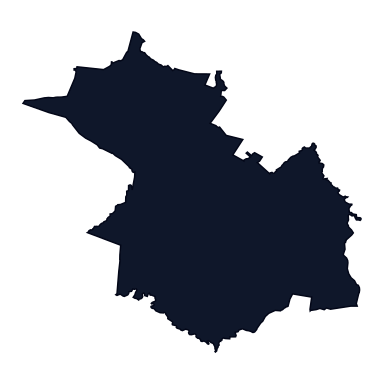 Amealco de Bonfil, Querétaro, Mexico (Albers equal-area conic projection)
{"feature_id": "50627088B28014095669101", "entity_name": "Amealco de Bonfil", "entity_type": "district", "adm_level": 2, "iso_a3": "MEX", "parent_name": "Mexico", "parent_adm1": "Querétaro", "projection": "albers", "projection_center": [-100.096, 20.187], "detail": "fine", "context": "isolated", "style": "filled", "palette": "ink", "viewbox_px": 384, "rotation_deg": 0, "n_neighbors": 0, "source": "geoboundaries", "source_scale": "gbopen_adm2", "svg_char_len": 6004}
<svg xmlns="http://www.w3.org/2000/svg" viewBox="0 0 384 384"><path d="M357.2,306.1L356.3,303.5L358.9,292.8L359.2,292.7L359.6,290.0L359.4,287.7L358.3,285.3L356.5,284.6L354.5,280.7L351.1,277.8L348.7,273.8L347.3,268.7L347.9,262.9L347.7,260.6L346.6,258.1L343.7,255.4L343.3,254.3L345.0,249.3L344.5,243.2L344.9,242.6L345.5,242.5L345.5,241.2L345.9,241.1L346.1,240.7L345.9,240.2L351.7,235.0L353.3,232.9L351.5,230.0L348.6,227.1L348.4,225.8L347.3,223.7L347.2,222.9L348.5,220.0L348.2,215.5L348.5,214.9L348.9,214.5L350.3,214.7L352.0,215.9L354.1,215.6L354.5,216.0L355.2,217.9L356.4,219.9L359.1,220.0L360.1,220.4L360.9,219.6L361.0,218.4L360.0,217.7L357.1,217.6L356.5,216.7L356.3,214.6L353.0,214.0L352.0,213.3L351.6,212.6L349.4,212.3L348.9,208.6L350.5,205.9L351.9,204.8L351.8,204.2L349.0,204.1L345.3,202.1L344.1,199.6L345.9,197.7L347.3,197.4L347.7,197.0L345.6,196.7L345.1,196.2L344.7,196.6L343.0,197.0L339.0,194.5L338.1,193.1L338.1,192.3L338.5,191.4L339.3,191.1L339.6,190.1L338.1,189.4L337.6,188.1L335.6,188.2L334.4,187.1L333.2,186.8L332.2,185.4L331.0,184.5L331.1,183.0L330.4,182.9L327.9,180.2L327.0,180.0L326.8,179.4L327.1,178.5L325.6,178.7L325.3,179.2L324.8,178.7L323.9,179.2L323.1,179.0L322.9,178.3L323.9,175.8L321.6,172.7L322.3,171.5L322.2,169.8L322.7,167.8L323.5,167.0L323.8,164.9L322.4,163.6L319.1,162.9L319.1,161.6L320.1,160.7L320.1,160.2L317.6,157.0L318.0,155.3L317.4,154.6L316.9,154.6L316.5,154.2L316.5,153.0L315.9,151.8L314.0,150.1L315.1,149.1L316.1,147.4L316.1,146.1L315.9,145.7L314.9,145.3L314.6,144.0L313.8,143.3L312.9,143.2L312.2,143.8L311.4,146.5L310.6,146.9L309.5,148.1L305.7,148.1L304.4,147.0L303.0,147.7L302.8,148.3L302.3,148.5L302.4,149.4L301.8,150.5L299.2,151.3L299.5,152.9L294.2,156.0L293.2,156.0L290.8,157.3L288.3,160.0L287.9,161.0L287.0,161.6L285.3,161.9L283.8,163.2L283.2,164.3L282.0,165.4L281.3,166.9L276.4,169.9L276.6,171.0L275.5,171.6L274.4,173.2L272.9,173.2L272.0,172.4L270.2,172.9L269.8,173.9L257.3,162.6L259.6,161.1L262.3,157.0L254.6,152.7L252.5,154.1L252.2,154.9L251.4,155.5L247.4,152.1L246.2,153.2L250.4,157.0L248.2,158.6L246.2,158.8L243.6,160.3L243.7,160.9L232.8,154.9L242.8,139.5L226.2,135.4L219.6,127.1L218.7,127.6L216.9,126.7L216.0,125.7L210.1,123.3L219.0,111.3L226.3,100.1L223.8,97.1L222.4,96.4L220.7,96.4L221.3,90.5L224.7,90.5L226.9,88.1L224.7,86.1L223.9,84.1L223.8,82.2L222.6,80.7L220.5,79.4L219.6,74.0L220.6,73.6L221.3,72.8L221.4,71.2L216.7,71.3L216.8,73.9L215.8,75.3L215.4,77.4L215.7,80.1L216.3,81.2L216.3,83.0L216.7,83.5L216.4,85.7L215.5,86.9L214.2,87.4L213.6,88.3L204.9,85.0L209.6,74.0L194.6,73.9L179.0,69.9L174.8,68.5L174.2,69.6L172.8,70.6L167.9,65.6L166.7,66.4L164.5,66.3L163.3,66.9L161.1,65.0L158.4,64.1L156.7,62.4L154.8,61.5L153.5,60.2L150.6,58.8L149.2,57.1L148.2,56.7L146.2,54.9L144.6,52.7L143.6,52.7L141.9,51.7L140.6,51.6L139.8,48.9L142.0,42.7L144.6,41.3L143.3,39.8L141.5,38.7L138.7,34.1L135.5,32.4L133.1,32.0L127.8,51.8L127.5,51.7L126.7,52.3L122.6,59.9L120.0,61.0L119.1,60.5L112.7,63.1L112.2,63.0L112.1,62.0L111.5,61.9L111.3,64.7L109.7,66.3L103.6,69.6L77.0,66.8L76.7,68.5L74.1,68.7L74.1,70.0L74.9,70.0L76.2,71.6L74.8,78.3L67.2,96.3L61.5,97.1L56.2,97.2L53.2,97.8L48.4,97.5L44.2,97.9L34.5,100.0L24.9,100.6L23.0,103.4L49.0,112.6L65.8,117.3L69.5,121.5L71.9,123.5L72.4,124.6L79.2,133.3L85.6,138.1L91.1,141.0L97.3,144.9L99.6,148.0L102.6,148.7L111.9,153.3L112.3,152.8L115.3,155.6L121.6,159.4L129.6,167.1L129.4,167.6L132.0,169.3L132.0,170.6L132.5,171.7L133.4,172.4L134.9,171.9L134.6,177.2L132.2,189.9L131.2,185.4L130.1,184.9L128.6,185.5L128.5,190.6L126.7,191.2L126.8,195.1L125.8,196.8L125.6,202.4L120.5,204.5L117.8,204.7L117.7,205.1L115.6,206.3L115.2,210.7L113.6,212.6L112.2,213.7L110.1,214.0L110.2,216.0L107.9,217.6L107.8,218.1L107.0,218.8L106.8,220.2L105.9,221.0L104.0,221.7L102.8,223.1L102.0,223.2L100.9,223.9L99.9,224.9L99.3,226.0L97.9,226.5L96.6,226.3L95.9,226.7L95.0,226.3L94.5,226.5L93.4,228.6L92.9,228.7L92.8,229.4L91.5,230.0L90.8,229.8L89.8,230.2L89.8,230.7L89.0,230.7L88.4,231.9L87.4,232.6L120.7,245.2L119.9,254.9L119.8,259.7L120.1,259.8L118.8,271.4L117.0,293.7L115.8,294.7L117.0,295.4L119.4,294.4L120.6,294.3L123.0,296.0L124.3,296.4L127.7,294.9L128.6,293.6L129.0,291.7L131.5,291.3L132.8,289.0L134.6,289.3L136.0,288.8L136.8,289.6L136.8,290.4L135.6,292.4L134.9,294.8L133.2,297.3L135.0,298.3L136.5,298.5L138.7,300.0L139.2,299.0L140.8,298.8L142.1,297.8L142.7,296.6L142.2,294.1L143.1,293.2L143.7,293.0L144.3,293.4L144.8,295.6L147.3,296.4L148.2,293.9L149.4,293.1L149.8,293.5L149.9,294.6L150.2,295.1L151.5,295.1L155.0,296.5L155.0,298.0L155.7,299.9L155.5,301.1L152.3,302.4L151.3,303.4L151.7,303.9L153.5,303.8L154.3,304.8L153.9,305.5L151.3,306.2L150.9,306.9L151.4,307.8L152.2,308.3L154.2,308.7L155.8,310.8L160.1,312.7L163.5,312.9L164.1,312.3L164.8,312.5L165.7,313.4L165.7,314.0L167.9,317.0L167.8,318.7L172.4,321.7L172.7,322.6L172.2,324.0L172.5,324.8L176.2,325.7L176.6,326.3L176.3,327.4L177.1,328.2L180.1,329.1L180.8,330.0L182.4,330.6L185.6,329.2L188.0,329.8L189.4,330.8L188.6,332.4L188.8,333.5L189.5,334.5L191.4,334.7L194.7,333.9L195.8,334.4L196.2,335.0L196.0,336.5L196.2,337.0L197.7,338.2L199.1,338.4L200.4,339.5L200.9,341.1L202.1,341.5L203.2,341.1L204.3,341.1L206.3,342.3L207.4,343.7L208.3,344.2L208.9,343.8L208.7,343.1L207.3,340.9L208.2,340.6L209.9,341.5L211.1,342.6L213.2,343.4L214.9,346.8L215.0,348.9L215.9,350.4L215.0,351.4L215.4,352.0L216.6,351.0L217.3,347.8L217.9,347.6L218.2,346.0L219.1,345.1L218.7,342.9L219.9,341.1L220.7,341.3L220.8,340.4L221.9,340.1L221.9,339.1L223.4,337.9L225.0,338.5L229.7,338.8L229.9,336.9L235.6,336.8L236.1,335.5L235.1,332.3L238.0,331.7L239.1,329.9L242.5,328.8L246.3,330.4L249.0,330.8L251.3,331.6L252.5,332.4L253.6,332.4L254.7,331.9L256.7,329.5L257.0,328.4L260.3,323.6L261.3,322.4L262.6,321.4L265.3,316.5L268.8,313.3L275.2,310.4L280.6,310.8L281.4,310.0L282.4,309.8L284.5,307.9L285.3,307.6L286.0,306.7L286.5,306.9L288.0,306.3L289.9,299.1L292.6,293.9L311.7,297.1L310.0,309.3L310.2,310.9L310.7,310.4L316.2,309.6L319.9,308.4L324.2,309.7L326.5,308.0L330.5,309.2L350.9,306.1L357.2,306.1Z" fill="#0f172a" stroke="#020617" stroke-width="1.5"/></svg>